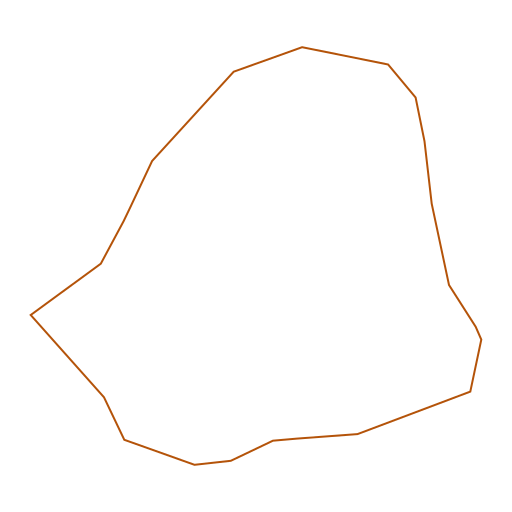 outline of Xalzan, Sühbaatar, Mongolia
{"feature_id": "93677404B22998636655266", "entity_name": "Xalzan", "entity_type": "district", "adm_level": 2, "iso_a3": "MNG", "parent_name": "Mongolia", "parent_adm1": "Sühbaatar", "projection": "orthographic", "projection_center": [113.029, 46.302], "detail": "fine", "context": "isolated", "style": "outline", "palette": "amber", "viewbox_px": 512, "rotation_deg": 0, "n_neighbors": 0, "source": "geoboundaries", "source_scale": "gbopen_adm2", "svg_char_len": 397}
<svg xmlns="http://www.w3.org/2000/svg" viewBox="0 0 512 512"><path d="M415.6,97.5L388.1,64.5L302.1,47.2L233.7,71.7L152.1,161.0L130.0,207.9L123.6,221.2L100.8,263.7L30.7,315.0L104.0,397.3L124.3,439.8L194.5,464.8L230.8,460.8L272.9,440.7L297.0,438.6L357.5,434.1L470.3,391.6L481.3,339.6L475.7,326.8L449.0,285.0L431.7,203.7L424.5,141.3L415.6,97.5Z" fill="none" stroke="#b45309" stroke-width="2"/></svg>